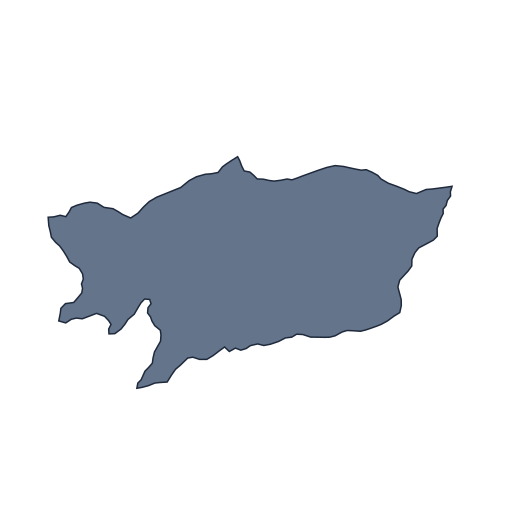 the district of Ibirama, Santa Catarina, Brazil, rotated 76°
{"feature_id": "56859067B41531797206151", "entity_name": "Ibirama", "entity_type": "district", "adm_level": 2, "iso_a3": "BRA", "parent_name": "Brazil", "parent_adm1": "Santa Catarina", "projection": "natural_earth1", "projection_center": [-49.524, -27.014], "detail": "fine", "context": "isolated", "style": "filled", "palette": "slate", "viewbox_px": 512, "rotation_deg": 76, "n_neighbors": 0, "source": "geoboundaries", "source_scale": "gbopen_adm2", "svg_char_len": 2501}
<svg xmlns="http://www.w3.org/2000/svg" viewBox="0 0 512 512"><g transform="rotate(76 256 256)"><path d="M343.4,241.0L341.7,235.5L343.5,229.6L347.9,222.6L350.0,214.6L351.5,209.1L352.6,204.2L352.6,198.6L350.6,191.0L350.3,185.7L352.0,179.9L354.3,172.8L354.3,167.5L353.9,162.5L353.3,156.1L352.6,151.0L350.8,144.1L347.8,136.9L345.7,130.2L339.2,127.0L333.6,125.7L328.9,125.7L324.4,125.8L320.3,125.8L314.2,122.4L310.0,116.1L307.5,112.2L303.4,107.3L296.9,105.5L291.2,101.0L287.5,96.1L285.2,86.7L283.5,80.1L280.6,75.3L273.1,73.6L267.6,70.0L263.8,67.3L260.1,64.1L255.7,63.1L253.0,59.4L248.4,56.9L244.9,52.7L240.8,51.9L235.8,48.9L235.3,54.3L234.5,61.2L233.6,69.0L232.6,74.8L234.2,85.2L230.7,91.8L227.2,95.9L222.3,102.7L217.4,110.0L211.5,116.1L207.3,118.3L202.9,123.0L198.9,128.2L198.2,133.1L195.6,138.7L193.0,144.0L190.3,149.4L187.4,157.4L187.2,166.1L187.9,175.0L188.8,183.8L189.6,191.5L190.3,197.1L190.8,202.7L188.8,207.2L188.5,213.7L187.7,220.3L185.9,225.0L183.3,230.1L181.5,236.2L177.2,238.7L173.1,241.6L170.6,246.9L165.4,248.1L159.2,248.8L155.2,249.8L157.2,256.0L159.4,262.2L161.4,267.0L165.8,272.6L165.4,279.4L164.4,285.5L164.7,294.7L166.7,302.6L169.3,308.2L171.3,312.4L174.9,338.1L177.3,346.3L181.3,353.4L185.9,360.2L188.8,368.4L183.5,375.3L179.8,378.8L175.5,383.3L172.0,391.8L166.3,397.2L163.6,404.1L163.2,409.7L163.4,417.4L164.3,423.3L168.1,426.8L171.8,431.0L169.1,436.1L169.1,442.8L168.1,448.3L176.4,449.7L182.6,449.7L188.3,450.0L194.3,447.1L198.7,444.1L204.6,441.7L210.5,439.8L216.8,438.2L221.5,434.2L225.2,430.5L231.4,428.6L236.7,429.2L240.9,432.1L245.3,432.1L249.7,434.0L252.8,438.2L257.0,444.1L256.1,452.4L259.6,458.0L264.1,459.7L271.3,463.1L274.9,456.8L272.7,450.5L272.8,445.2L274.9,439.8L274.0,432.1L273.1,424.6L277.9,417.5L283.1,414.6L287.3,413.2L291.2,416.6L296.0,417.5L297.2,411.8L294.2,404.6L290.3,399.5L286.6,395.6L283.0,388.2L277.1,382.5L273.6,378.9L270.8,374.5L272.4,369.7L276.9,369.4L280.1,373.3L285.0,375.0L289.6,373.1L293.9,372.7L299.1,371.1L304.9,366.8L309.6,367.3L315.5,369.2L320.6,374.0L324.5,377.7L330.1,380.6L334.9,382.5L338.0,386.9L340.9,391.6L344.6,394.5L348.3,397.4L350.7,401.4L355.5,403.6L355.9,398.5L355.8,391.8L354.8,384.9L355.5,379.9L356.8,372.7L350.8,366.5L346.4,361.4L343.7,355.9L340.9,351.1L338.5,346.9L338.9,341.8L342.7,335.7L344.4,328.7L342.2,321.6L339.3,314.9L336.7,308.5L342.2,305.0L340.4,298.3L343.7,293.5L343.4,287.9L341.6,283.1L341.7,275.7L344.7,270.1L345.1,263.4L344.4,254.9L342.6,247.2L343.4,241.0Z" fill="#64748b" stroke="#1e293b" stroke-width="1.5"/></g></svg>